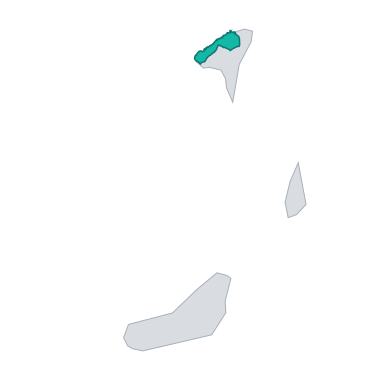 Domoni, Andjouân, Comoros shown in context, rotated 252°
{"feature_id": "10938185B41806506469500", "entity_name": "Domoni", "entity_type": "district", "adm_level": 2, "iso_a3": "COM", "parent_name": "Comoros", "parent_adm1": "Andjouân", "projection": "albers", "projection_center": [44.503, -12.179], "detail": "fine", "context": "in_parent", "style": "filled", "palette": "teal", "viewbox_px": 384, "rotation_deg": 252, "n_neighbors": 0, "source": "geoboundaries", "source_scale": "gbopen_adm2", "svg_char_len": 4575}
<svg xmlns="http://www.w3.org/2000/svg" viewBox="0 0 384 384"><g transform="rotate(252 192 192)"><path d="M101.9,199.3L97.8,202.3L78.0,189.8L66.8,186.9L50.1,166.6L56.1,96.0L61.4,87.0L65.4,83.3L74.6,81.9L85.7,90.7L83.0,136.1L97.8,166.5L107.4,190.7L101.9,199.3ZM320.0,238.7L330.9,269.1L330.8,292.1L326.2,299.3L316.5,294.6L298.7,276.3L264.8,258.5L280.3,257.0L289.4,258.9L299.0,257.2L305.1,247.2L306.3,241.2L314.7,236.4L320.0,238.7ZM171.8,288.6L187.0,302.1L144.9,296.6L138.2,284.4L137.9,275.5L153.6,277.4L171.8,288.6Z" fill="#d9dde1" stroke="#a8b0b8" stroke-width="1"/><path d="M330.5,282.5L330.6,282.3L330.7,282.1L330.7,281.9L330.8,281.7L331.2,281.4L331.3,281.3L331.4,280.9L331.3,280.4L331.4,280.2L331.4,279.9L331.8,279.4L332.0,279.2L332.1,278.6L332.3,278.7L332.1,278.4L332.1,278.2L332.3,278.1L332.6,278.3L333.0,278.2L333.3,278.2L333.6,278.2L333.8,278.1L333.7,277.9L333.3,277.9L333.2,277.9L332.7,277.8L332.6,277.7L332.4,277.5L332.2,277.5L331.9,277.6L331.7,277.6L331.7,277.4L331.8,277.3L331.8,277.2L332.0,277.2L332.2,276.9L332.1,276.7L332.0,276.3L332.1,276.2L332.3,276.2L332.6,276.2L332.4,276.1L332.2,276.1L332.0,275.9L332.0,275.5L332.1,275.3L332.0,275.1L332.1,274.8L332.3,274.9L332.5,274.9L332.5,274.7L332.4,274.7L332.1,274.6L331.9,274.7L331.7,274.5L331.7,274.4L331.6,273.9L331.6,273.6L331.5,273.2L331.4,273.1L331.2,272.9L331.2,272.6L331.1,272.4L331.0,272.2L330.9,272.0L330.8,271.7L331.0,271.2L331.3,270.9L331.2,270.6L331.1,270.4L331.0,270.5L330.9,270.4L330.8,270.1L330.6,270.0L330.6,269.9L330.4,269.4L330.2,269.3L329.8,269.1L329.8,268.9L329.8,268.7L329.7,268.7L329.9,268.3L329.9,268.2L329.7,268.1L329.5,267.4L329.5,267.1L329.4,266.9L329.3,266.4L329.2,266.4L329.2,265.8L329.3,265.6L329.4,265.4L329.6,265.3L329.6,265.1L329.6,264.9L329.7,264.6L329.6,264.4L329.4,264.2L329.2,264.0L329.1,263.7L329.0,263.4L329.4,263.3L329.4,263.2L329.4,262.9L329.2,262.9L329.1,262.7L328.9,262.6L329.1,262.5L329.1,262.4L329.1,262.2L329.0,261.9L328.9,261.9L328.8,262.0L328.8,261.9L328.7,261.7L328.5,261.4L328.4,261.3L328.1,260.4L328.1,260.1L327.4,259.6L327.2,259.3L327.2,259.2L326.8,258.9L326.6,258.6L326.3,257.8L326.2,257.4L326.0,256.9L325.8,256.5L325.7,256.1L325.8,256.0L325.8,255.9L325.8,255.7L325.6,255.6L325.4,255.1L325.3,254.9L325.3,254.7L325.2,254.6L325.4,254.2L325.5,253.8L325.5,253.7L325.4,253.6L325.2,253.4L325.1,253.2L325.0,252.9L324.9,252.6L324.8,252.4L324.9,252.2L325.1,252.0L325.1,251.9L324.9,251.8L324.7,251.7L324.8,251.6L324.9,251.4L325.0,251.0L325.1,250.9L324.9,250.7L324.7,250.6L324.8,250.3L324.8,250.1L324.7,249.8L324.6,249.7L324.4,249.7L324.1,249.6L323.8,249.6L323.7,249.5L323.8,249.4L324.0,249.4L323.9,249.3L324.0,249.3L324.1,249.2L324.0,248.9L324.0,248.7L324.2,248.4L323.9,248.3L323.8,248.2L323.7,248.2L323.8,248.1L324.0,248.1L324.1,247.8L323.9,247.7L323.7,247.5L323.3,247.6L323.0,247.2L322.8,247.1L322.7,247.1L322.3,246.8L322.3,246.5L322.2,246.3L322.2,246.1L322.2,245.8L322.2,245.7L322.3,245.6L322.4,245.4L322.4,245.2L322.6,245.1L322.7,244.8L322.8,244.7L323.0,244.5L323.0,244.4L323.3,244.2L323.4,243.9L323.5,243.8L323.6,243.5L323.6,243.3L323.6,242.5L323.6,242.4L323.6,242.2L323.5,241.9L323.4,241.8L323.4,241.7L323.2,241.6L323.0,241.2L322.6,240.6L322.6,240.4L322.5,240.1L322.4,240.0L322.3,239.9L322.1,239.8L322.0,239.7L321.8,239.5L321.7,239.3L321.5,239.1L321.4,238.8L321.3,238.7L321.2,238.6L321.2,238.4L321.2,238.2L321.0,237.9L320.9,237.9L320.8,238.0L320.7,238.0L320.7,237.8L320.6,237.7L320.4,237.4L320.4,237.1L320.1,237.0L320.0,236.9L319.9,236.8L319.8,236.6L319.7,236.6L319.5,236.4L319.4,236.3L318.9,236.1L318.5,235.9L318.1,235.7L318.0,235.8L317.8,235.7L317.0,235.9L316.7,236.0L316.2,236.1L315.8,236.4L315.6,236.4L315.3,236.5L315.2,236.6L314.8,236.9L314.8,237.0L314.6,237.2L314.5,237.4L314.5,237.5L314.4,237.5L314.1,237.8L313.9,237.9L313.6,238.1L313.4,238.3L313.2,238.4L312.9,238.5L312.8,238.8L312.7,238.8L312.2,239.1L311.8,239.1L311.6,239.3L311.3,239.5L311.1,239.6L312.1,241.0L312.2,241.8L312.3,242.6L312.1,243.4L312.1,244.5L312.6,245.1L313.4,245.9L314.0,246.6L314.8,247.7L315.7,249.1L316.2,250.1L316.3,250.9L317.0,253.3L317.6,254.3L318.0,256.4L318.2,256.7L318.6,257.2L319.5,258.7L320.2,259.5L320.7,259.8L321.8,260.7L323.1,262.0L323.5,262.2L323.5,262.8L322.6,263.5L322.2,264.6L321.1,265.5L319.7,266.5L319.7,267.3L316.2,271.3L315.6,271.8L314.8,271.9L314.8,272.3L314.9,272.8L315.2,273.5L315.6,274.8L316.1,278.1L316.3,279.2L316.2,280.4L316.0,281.7L316.0,282.0L316.6,282.3L317.5,282.9L318.6,283.2L321.0,283.9L322.2,284.2L323.1,284.5L325.4,284.5L327.0,283.5L327.7,282.9L328.5,282.3L329.5,281.4L329.7,282.5L330.5,282.5Z" fill="#14b8a6" stroke="#0f766e" stroke-width="1.5"/></g></svg>